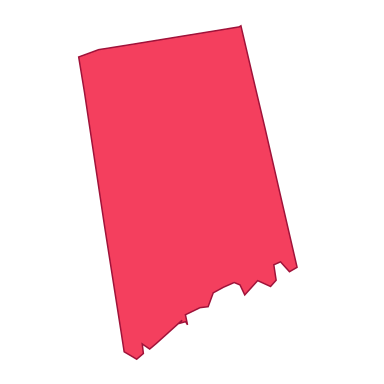 Simpson, Mississippi, United States of America, rotated 261°
{"feature_id": "52423323B36475668892924", "entity_name": "Simpson", "entity_type": "district", "adm_level": 2, "iso_a3": "USA", "parent_name": "United States of America", "parent_adm1": "Mississippi", "projection": "orthographic", "projection_center": [-90.059, 31.901], "detail": "fine", "context": "isolated", "style": "filled", "palette": "rose", "viewbox_px": 384, "rotation_deg": 261, "n_neighbors": 0, "source": "geoboundaries", "source_scale": "gbopen_adm2", "svg_char_len": 592}
<svg xmlns="http://www.w3.org/2000/svg" viewBox="0 0 384 384"><g transform="rotate(261 192 192)"><path d="M101.2,284.0L179.2,278.5L243.5,274.1L294.8,270.2L348.5,266.3L347.7,264.4L347.2,146.1L347.2,122.0L343.1,101.2L307.4,101.4L173.6,100.3L64.4,100.1L44.8,100.0L35.5,111.2L40.1,118.7L49.7,119.1L43.5,125.6L47.9,132.9L66.9,162.1L64.3,159.9L64.9,165.4L61.5,166.8L71.8,166.3L76.5,181.8L76.2,190.0L89.1,197.2L93.0,208.1L96.0,219.5L92.7,224.9L82.1,228.0L94.2,243.0L86.4,254.8L91.7,261.3L107.3,261.4L109.2,268.5L98.0,275.8L101.2,284.0Z" fill="#f43f5e" stroke="#9f1239" stroke-width="1.5"/></g></svg>